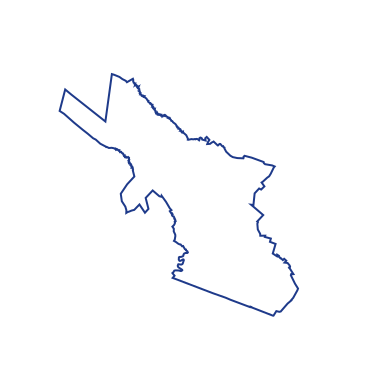 Roerdalen, Limburg, Netherlands (orthographic projection), rotated 245°
{"feature_id": "6326949B39652859333828", "entity_name": "Roerdalen", "entity_type": "district", "adm_level": 2, "iso_a3": "NLD", "parent_name": "Netherlands", "parent_adm1": "Limburg", "projection": "orthographic", "projection_center": [6.075, 51.145], "detail": "fine", "context": "isolated", "style": "outline", "palette": "blue", "viewbox_px": 384, "rotation_deg": 245, "n_neighbors": 0, "source": "geoboundaries", "source_scale": "gbopen_adm2", "svg_char_len": 6086}
<svg xmlns="http://www.w3.org/2000/svg" viewBox="0 0 384 384"><g transform="rotate(245 192 192)"><path d="M91.4,168.2L82.0,177.8L78.0,181.4L63.6,195.5L63.8,195.6L63.3,196.2L63.4,196.5L63.2,196.7L63.1,196.4L59.7,199.7L45.8,213.0L45.5,213.6L48.4,218.1L46.5,220.5L46.2,221.9L50.5,231.5L51.7,236.0L51.9,235.9L53.3,239.0L58.4,246.0L59.7,247.3L65.4,246.6L74.8,246.4L75.7,247.3L75.0,248.3L74.7,249.2L81.5,248.3L82.4,247.9L82.9,248.8L82.5,249.0L83.0,249.4L84.4,249.4L87.3,248.6L88.9,246.1L89.9,248.4L92.5,247.3L91.9,245.6L94.8,244.4L94.7,244.1L96.8,243.3L97.4,243.8L99.2,242.7L97.9,241.8L102.1,239.2L109.6,245.8L113.9,241.6L116.5,243.8L120.5,239.0L121.5,239.9L123.5,235.4L125.3,236.1L130.2,235.8L135.6,237.8L136.8,239.0L137.7,238.6L141.0,246.8L155.5,240.2L154.3,242.2L164.3,248.2L166.8,254.3L165.0,255.7L166.5,260.0L171.2,259.1L171.4,260.5L173.2,266.2L173.6,268.5L175.3,271.1L179.6,276.4L180.2,277.7L182.2,275.9L186.3,270.0L187.8,269.3L188.9,269.6L197.9,260.6L202.6,254.9L202.1,253.6L201.3,253.3L200.8,252.8L203.6,247.4L206.4,243.7L208.7,242.1L214.1,240.0L217.8,239.8L218.5,240.2L219.1,239.7L220.3,239.6L220.3,239.1L220.9,238.7L223.5,238.0L223.8,237.6L223.9,237.1L223.2,235.4L223.3,235.0L228.6,232.9L228.5,232.3L228.5,230.7L228.0,228.8L229.0,226.1L230.8,227.9L231.6,229.5L231.9,229.8L235.7,228.6L235.1,226.7L232.9,226.1L235.2,223.4L236.5,223.6L237.7,222.8L237.8,222.2L237.6,221.5L236.3,221.0L235.8,220.3L237.4,219.5L238.1,218.8L238.3,217.5L238.5,217.5L238.8,216.9L239.2,215.4L240.2,213.8L240.9,210.7L241.2,210.3L241.9,210.8L245.9,210.8L249.1,209.4L249.5,208.9L249.9,209.1L249.8,208.5L250.1,208.2L250.4,208.4L250.3,208.0L250.5,207.9L250.9,208.1L252.0,207.7L252.3,207.3L252.5,207.9L253.6,207.5L253.8,207.8L253.6,208.0L253.9,208.0L254.1,207.8L254.3,207.3L255.2,207.0L255.2,206.6L255.9,206.9L256.3,206.2L256.7,206.3L256.7,206.0L257.4,205.9L257.9,206.1L258.1,205.9L258.4,206.1L260.6,205.7L263.2,204.3L264.6,204.1L265.2,203.3L266.4,203.4L267.5,202.8L268.0,203.1L268.3,202.3L268.8,202.0L269.1,202.3L269.3,201.8L269.1,201.6L269.6,201.2L270.1,201.7L271.7,200.6L272.3,200.6L273.4,200.0L273.6,199.4L273.4,198.7L273.1,198.7L273.3,198.5L273.0,197.7L273.4,197.6L273.5,197.3L273.3,196.9L274.2,197.0L274.1,196.7L274.6,196.6L274.4,196.4L274.4,196.1L275.6,195.8L275.5,195.3L275.7,194.9L276.0,194.9L275.9,195.1L276.0,195.3L276.6,195.0L276.6,194.0L277.0,194.0L276.5,193.7L276.7,193.4L277.3,193.5L277.2,193.8L277.5,194.0L278.0,193.9L278.0,193.3L278.6,193.3L278.5,193.0L278.1,193.0L278.3,192.6L279.0,192.7L279.1,193.2L279.5,193.4L279.9,193.1L279.8,192.8L280.1,192.7L280.8,193.2L281.0,193.0L281.8,193.1L282.3,192.8L282.9,193.3L282.9,192.8L283.6,192.4L284.4,192.8L284.7,192.3L285.2,192.7L285.4,192.5L285.4,192.8L285.6,192.8L286.0,192.3L287.0,192.7L287.2,192.2L287.8,192.3L288.0,192.7L288.4,192.1L289.5,191.9L289.6,191.6L289.9,191.5L289.8,192.0L290.1,191.9L290.1,191.5L290.4,191.6L291.9,190.5L293.4,190.5L293.4,190.8L294.4,190.3L295.9,190.2L297.6,189.3L298.2,189.3L298.3,189.0L298.7,189.3L299.0,189.0L299.1,189.3L299.9,188.3L299.4,187.7L300.3,188.1L300.5,187.7L300.3,187.6L300.8,187.4L300.7,187.0L302.1,186.9L302.3,186.5L302.5,186.8L303.1,186.5L303.4,186.9L303.7,186.4L304.8,187.1L305.6,186.7L305.5,187.1L306.0,187.3L306.8,187.3L307.4,187.7L308.5,187.0L308.6,187.4L309.4,187.1L309.6,187.6L309.9,187.2L310.2,187.7L310.2,187.4L310.9,187.2L310.5,187.1L310.7,186.8L311.1,187.1L311.6,186.6L311.6,187.0L311.8,187.0L312.1,186.5L312.6,186.3L312.7,186.6L313.1,186.4L313.2,186.2L313.1,185.8L313.3,186.0L313.7,185.7L314.3,185.8L314.5,186.1L314.7,185.6L315.5,185.7L315.8,185.6L315.9,185.3L316.6,185.3L316.5,185.0L316.9,185.4L318.6,186.2L319.6,186.3L319.0,179.4L320.7,179.0L323.8,176.6L326.9,174.9L330.8,171.3L332.7,169.2L292.5,143.3L331.3,123.8L338.5,120.4L321.4,106.3L316.9,109.1L304.7,114.4L294.3,119.4L289.0,122.1L282.5,125.1L280.2,126.9L274.5,129.3L269.9,132.8L269.0,133.2L269.0,133.7L267.0,135.3L266.0,137.9L264.6,139.8L264.0,140.1L263.9,140.8L262.6,140.9L262.8,141.4L262.2,141.7L262.3,141.9L262.1,142.1L262.5,142.2L262.3,142.4L261.3,142.7L260.9,143.4L260.7,143.0L260.3,143.0L259.6,143.7L258.7,143.6L258.7,144.1L258.1,144.3L258.3,144.3L258.2,144.8L257.5,144.7L256.4,145.5L256.3,145.3L255.2,145.8L254.6,145.6L253.9,146.0L253.6,145.9L253.6,146.1L253.3,145.9L253.0,146.2L252.9,146.0L252.6,146.4L252.2,146.2L252.2,146.5L251.5,146.7L251.7,147.0L251.3,147.1L251.2,147.5L250.6,147.6L250.5,147.9L250.7,148.9L249.6,149.4L248.1,148.6L247.8,148.7L247.6,148.2L246.9,148.1L246.9,147.7L246.2,148.0L245.7,147.9L246.2,147.7L245.5,147.1L245.1,147.1L245.1,147.4L244.7,147.2L244.6,147.7L244.3,147.7L244.1,148.0L243.5,147.8L243.6,148.1L243.2,148.4L242.7,148.3L242.2,147.9L241.9,148.0L242.1,148.2L242.0,148.4L241.5,148.4L241.3,148.3L241.3,148.0L241.6,148.1L241.3,147.9L240.7,148.2L240.6,147.8L239.9,147.7L240.0,148.2L239.6,148.3L239.5,148.1L239.4,148.4L239.1,148.3L239.0,148.5L238.6,148.4L238.6,148.2L238.0,148.1L238.2,147.4L237.8,147.9L236.9,147.9L236.6,147.5L230.4,146.3L226.4,136.5L220.5,126.7L213.3,124.5L206.9,125.4L203.1,124.8L200.8,123.6L201.0,125.1L200.8,126.9L200.7,129.4L200.2,132.1L202.9,139.1L193.1,140.6L195.1,145.4L206.2,147.5L210.0,157.0L202.0,160.6L200.5,162.4L201.3,162.9L194.0,164.3L186.6,165.0L184.3,165.7L184.0,163.8L181.4,164.2L181.5,164.5L181.3,164.9L179.9,165.0L179.4,164.1L178.7,164.1L177.8,164.6L177.5,165.1L174.7,165.1L174.8,164.7L172.6,164.9L172.5,164.1L172.2,164.1L172.1,163.7L171.6,163.7L170.6,163.0L169.6,161.6L168.9,159.6L166.4,160.0L164.0,158.8L160.5,158.8L159.1,158.3L157.1,156.9L156.2,156.3L155.3,155.0L153.5,156.3L150.9,157.7L149.7,158.7L149.3,159.5L147.0,160.1L146.8,161.1L143.3,161.4L142.4,162.2L141.8,161.9L140.2,162.7L139.0,162.7L138.7,162.1L139.5,160.2L139.5,158.8L139.0,158.0L137.8,157.1L137.6,156.4L137.8,154.7L138.4,153.3L138.3,152.5L136.2,151.4L134.9,151.6L134.6,152.1L134.5,152.7L134.7,155.5L134.4,155.8L133.7,155.8L131.1,153.4L130.7,152.7L130.8,151.5L132.3,149.1L131.5,148.1L130.4,147.7L129.4,147.9L125.7,150.2L125.3,150.2L125.0,149.6L125.0,148.6L126.6,146.6L128.0,143.8L128.2,142.7L127.1,141.1L126.8,140.0L123.5,140.8L122.3,138.2L91.4,168.2Z" fill="none" stroke="#1e3a8a" stroke-width="2"/></g></svg>